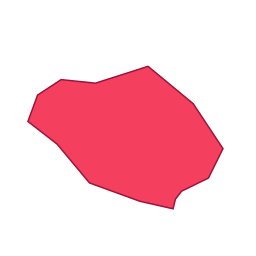 map outline of Tameside (orthographic projection), rotated 20°
{"feature_id": "GBR-5682", "entity_name": "Tameside", "entity_type": "Metropolitan Borough", "adm_level": 1, "iso_a3": "GBR", "parent_name": "United Kingdom", "parent_adm1": "", "projection": "orthographic", "projection_center": [-2.094, 53.459], "detail": "fine", "context": "isolated", "style": "filled", "palette": "rose", "viewbox_px": 256, "rotation_deg": 20, "n_neighbors": 0, "source": "natural_earth", "source_scale": "10m", "svg_char_len": 341}
<svg xmlns="http://www.w3.org/2000/svg" viewBox="0 0 256 256"><g transform="rotate(20 128 128)"><path d="M125.7,63.2L181.0,82.9L224.3,114.9L220.7,147.5L200.0,169.0L196.9,178.7L198.0,188.5L164.3,192.8L110.6,192.8L66.9,167.4L31.7,156.1L31.8,127.9L48.6,105.4L82.1,97.0L125.7,63.2Z" fill="#f43f5e" stroke="#9f1239" stroke-width="1.5"/></g></svg>